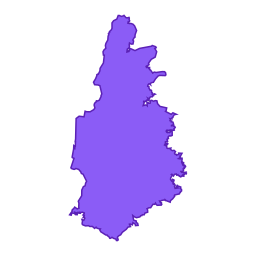 outline of Tulkarm, West Bank, Palestine
{"feature_id": "87354302B17069565895340", "entity_name": "Tulkarm", "entity_type": "district", "adm_level": 2, "iso_a3": "PSE", "parent_name": "Palestine", "parent_adm1": "West Bank", "projection": "robinson", "projection_center": [35.087, 32.327], "detail": "fine", "context": "isolated", "style": "filled", "palette": "violet", "viewbox_px": 256, "rotation_deg": 0, "n_neighbors": 0, "source": "geoboundaries", "source_scale": "gbopen_adm2", "svg_char_len": 5861}
<svg xmlns="http://www.w3.org/2000/svg" viewBox="0 0 256 256"><path d="M153.4,82.3L155.5,78.9L158.1,76.0L159.6,75.4L165.3,75.6L165.9,74.9L165.6,72.8L164.6,71.7L162.3,71.6L155.9,72.5L154.7,72.1L153.8,72.3L152.7,73.1L150.6,70.1L150.3,70.2L149.1,68.7L149.7,68.1L149.6,67.5L148.4,67.9L148.0,67.1L147.1,67.4L147.1,66.9L146.4,67.2L146.1,66.4L149.0,64.7L148.5,63.2L151.3,59.3L155.2,57.1L156.7,51.7L154.8,48.4L156.2,47.7L155.7,46.7L152.2,45.5L151.5,46.2L139.6,48.4L135.0,50.6L129.8,48.3L129.2,48.8L129.7,50.1L128.4,50.9L128.8,51.5L126.9,52.0L127.3,49.1L128.8,48.0L129.5,46.6L129.2,44.9L129.5,43.0L131.2,44.1L133.0,44.0L133.6,41.0L132.8,40.0L134.4,37.4L135.1,37.0L134.9,36.5L135.2,34.4L136.6,30.5L134.6,25.9L133.0,24.2L130.8,23.4L129.8,23.6L127.9,23.2L128.2,21.8L128.8,22.1L129.7,20.9L129.1,19.5L129.3,18.1L129.0,17.4L127.1,17.9L125.9,17.6L124.0,15.4L123.6,15.8L121.3,16.4L119.4,15.5L118.2,15.5L116.8,19.1L113.6,20.7L112.0,22.9L112.0,28.4L111.4,29.7L109.5,31.6L109.6,32.4L109.1,32.5L108.9,33.5L108.4,33.8L108.8,34.7L108.1,36.1L107.8,40.0L105.9,43.4L105.4,45.4L105.8,48.3L104.0,49.9L103.0,51.8L103.4,55.1L104.3,55.2L103.4,63.0L100.1,68.3L99.9,70.8L98.9,73.1L98.3,73.5L98.3,74.2L96.9,74.6L96.8,75.7L95.6,78.7L93.5,82.2L94.6,84.7L98.1,85.0L99.9,85.7L101.8,93.9L101.0,95.7L101.1,96.4L99.3,100.2L97.4,101.0L96.4,100.8L95.9,102.2L95.2,102.5L94.4,103.8L94.1,105.1L94.9,107.9L93.8,109.6L90.1,111.8L86.5,111.7L85.1,111.2L84.0,116.8L79.1,116.2L76.1,118.5L75.6,139.0L75.2,141.6L75.5,141.6L75.3,146.3L74.9,146.3L74.8,148.8L74.2,148.7L74.6,146.1L73.8,145.5L73.6,149.1L72.1,157.2L72.4,157.7L74.0,158.3L70.9,167.8L71.4,168.5L73.6,169.3L74.7,169.3L75.9,168.5L78.9,169.5L79.7,170.8L80.5,171.3L81.4,173.5L83.1,174.2L86.6,181.3L85.6,183.1L85.1,185.8L83.4,186.6L81.8,190.0L81.7,195.7L78.3,201.2L78.9,203.4L78.7,207.1L79.0,208.1L77.2,208.9L74.7,207.1L73.5,208.9L72.5,209.4L72.0,210.4L72.3,211.0L69.6,214.8L71.2,215.2L71.9,212.9L74.6,213.5L75.4,214.6L77.2,214.7L77.4,213.6L74.8,212.7L74.7,212.2L77.3,213.1L77.5,212.5L78.4,212.9L79.0,212.2L79.8,212.3L79.4,213.2L80.4,213.3L80.7,212.5L82.4,212.2L84.3,212.9L84.2,213.6L83.0,215.0L84.3,215.4L83.2,217.5L84.4,217.2L84.8,218.3L83.8,220.2L82.0,219.6L82.5,221.0L82.1,223.3L82.3,224.4L82.9,224.9L85.5,225.9L88.5,225.7L89.9,226.5L92.3,226.4L94.6,228.4L96.1,227.2L96.7,228.0L98.5,228.7L100.4,228.9L99.8,230.0L100.8,231.8L105.8,235.0L107.2,235.1L107.5,235.8L108.8,236.6L109.8,238.3L110.5,238.3L112.0,237.3L113.6,238.4L115.9,239.1L116.4,240.5L117.3,240.6L118.2,239.9L117.7,238.1L117.4,238.0L117.6,236.8L118.9,235.7L120.7,234.8L122.3,232.3L126.3,229.3L128.0,227.1L130.5,226.6L129.4,224.2L130.1,224.0L132.4,224.9L132.9,222.6L135.3,224.2L135.5,225.6L138.1,225.4L137.7,223.4L136.2,222.3L136.3,221.0L133.6,220.1L132.8,215.5L134.9,217.1L136.5,217.7L139.9,216.9L140.7,215.7L141.9,215.6L142.3,214.7L144.2,214.8L144.9,213.1L147.7,212.2L147.6,209.9L147.0,208.7L148.8,207.8L150.7,207.7L152.9,204.3L154.7,204.3L155.5,203.1L155.9,204.1L157.1,205.3L161.3,205.1L161.8,204.2L161.3,203.8L161.4,202.8L160.4,202.7L159.6,201.0L160.7,201.1L161.5,200.5L164.4,199.9L165.0,200.3L165.1,199.7L166.1,200.6L170.2,202.2L170.5,200.6L172.6,198.9L174.7,196.2L174.4,195.5L174.7,195.0L179.4,193.9L179.6,193.1L180.4,192.4L180.3,192.0L181.6,190.9L181.5,189.3L180.4,188.6L180.8,187.1L179.6,186.5L178.2,186.5L177.7,185.5L177.2,185.3L176.4,186.9L177.8,188.0L175.1,188.4L174.5,186.3L175.2,185.2L174.2,183.7L173.6,184.3L173.1,183.9L173.0,183.1L173.3,182.6L172.7,181.8L174.0,180.9L174.0,180.0L172.6,179.3L171.6,180.9L170.5,179.4L170.7,177.8L172.3,175.4L171.4,174.5L171.9,174.2L173.5,176.0L174.5,174.3L176.4,174.0L176.7,175.1L177.9,174.7L178.1,175.4L179.5,175.8L179.4,176.2L180.7,176.9L182.3,176.0L183.8,176.2L183.8,175.4L182.6,175.0L183.5,174.2L184.1,174.6L184.7,174.2L184.9,173.4L186.2,173.9L186.4,173.3L185.8,173.1L186.1,172.2L181.9,172.5L180.4,171.1L181.6,171.7L182.6,171.5L183.5,170.5L183.2,168.9L184.4,168.5L184.1,167.5L185.4,167.0L185.6,166.3L184.7,165.2L184.0,165.8L183.1,165.5L182.6,164.5L182.2,163.5L183.5,164.1L183.6,162.7L182.6,162.7L182.5,161.9L181.7,161.7L182.1,159.7L181.8,158.7L182.1,158.7L182.1,158.2L181.1,158.2L180.7,158.8L180.1,158.9L178.6,158.6L179.6,158.0L179.8,157.2L180.0,157.8L180.4,157.1L180.3,156.4L182.0,153.3L178.6,153.1L178.7,154.4L176.6,155.1L176.3,154.4L175.2,154.4L174.5,153.1L175.5,151.6L174.0,150.3L172.3,150.7L170.4,149.3L170.9,148.1L167.7,148.5L167.0,148.2L166.5,145.4L167.9,143.8L167.3,143.1L166.2,143.6L165.3,145.5L164.5,145.0L165.4,143.6L165.4,141.8L167.6,141.3L167.0,139.4L167.5,139.4L167.9,138.4L168.4,138.4L168.0,137.1L169.3,135.8L170.8,136.0L172.2,135.4L172.2,132.3L171.9,131.3L172.5,130.7L171.3,130.6L169.9,131.1L170.5,131.7L169.7,132.6L169.1,132.6L167.6,132.3L167.3,132.6L166.7,132.2L166.2,131.2L166.4,130.7L167.0,130.7L166.7,130.3L167.0,130.1L168.7,130.5L169.3,130.1L170.1,130.6L170.0,130.2L170.6,129.9L174.0,130.3L174.3,130.1L173.9,128.9L175.2,127.5L174.7,126.5L173.9,126.4L173.7,125.6L171.5,125.8L171.5,125.4L172.2,125.1L173.7,124.8L173.0,122.2L171.3,121.8L171.6,121.0L170.0,120.6L170.5,119.4L170.0,118.6L171.9,118.9L171.8,118.1L172.9,117.5L173.0,116.6L174.3,114.7L176.3,114.3L172.9,112.8L171.2,114.3L166.2,111.8L165.5,111.3L166.1,110.8L166.7,107.9L160.0,106.4L157.6,103.7L156.9,100.8L155.4,100.6L153.4,101.2L151.7,100.3L150.5,100.8L150.1,103.2L148.6,103.3L148.1,102.5L147.0,102.5L147.2,105.7L146.7,105.2L145.5,105.0L143.2,105.6L144.3,102.3L143.6,101.9L143.7,101.3L145.9,101.5L146.6,100.8L146.3,100.5L146.6,100.2L147.2,100.4L147.6,99.7L149.0,100.6L147.8,98.2L149.3,99.1L149.6,98.9L149.2,98.3L149.9,97.3L151.0,96.8L152.3,96.8L152.7,95.7L153.5,95.7L153.7,94.8L155.2,94.2L154.4,93.8L152.7,94.7L152.1,94.3L152.2,93.8L152.6,93.8L152.4,92.9L151.6,92.4L151.6,90.8L150.9,90.0L150.2,90.3L149.0,88.2L148.9,86.5L147.7,86.3L147.8,85.2L148.7,83.9L149.3,83.8L150.4,84.6L150.0,83.6L152.0,82.5L153.4,82.3Z" fill="#8b5cf6" stroke="#5b21b6" stroke-width="1.5"/></svg>